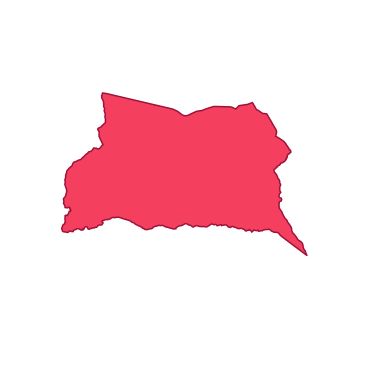 outline of Santo Antônio do Leste, Mato Grosso, Brazil, rotated 216°
{"feature_id": "56859067B48136086302792", "entity_name": "Santo Antônio do Leste", "entity_type": "district", "adm_level": 2, "iso_a3": "BRA", "parent_name": "Brazil", "parent_adm1": "Mato Grosso", "projection": "albers", "projection_center": [-53.696, -14.769], "detail": "fine", "context": "isolated", "style": "filled", "palette": "rose", "viewbox_px": 384, "rotation_deg": 216, "n_neighbors": 0, "source": "geoboundaries", "source_scale": "gbopen_adm2", "svg_char_len": 6094}
<svg xmlns="http://www.w3.org/2000/svg" viewBox="0 0 384 384"><g transform="rotate(216 192 192)"><path d="M272.5,84.3L271.2,85.1L270.0,85.6L268.9,86.1L268.3,87.2L268.0,88.6L267.0,89.1L265.9,89.3L264.9,90.2L265.3,91.2L264.6,92.5L263.8,93.7L263.4,94.7L262.7,95.3L261.7,95.7L260.6,95.8L259.6,96.0L258.6,96.4L259.0,97.5L257.7,97.7L257.7,98.8L258.0,100.0L257.9,101.1L257.1,101.8L256.1,102.0L255.4,101.5L254.2,101.0L253.2,101.5L252.8,102.6L251.7,103.5L251.6,104.4L250.7,105.0L249.8,105.6L249.4,106.7L248.6,107.3L248.3,108.3L248.3,109.6L247.5,110.9L246.2,111.8L245.6,112.5L245.7,114.5L246.4,115.1L247.4,115.1L247.8,115.9L247.0,116.8L246.4,117.7L245.5,119.1L244.4,119.7L243.3,120.8L242.8,121.7L242.2,122.5L242.0,123.5L241.3,124.6L240.5,125.4L239.3,125.8L238.6,126.9L237.6,127.6L236.5,128.5L235.4,128.9L234.2,129.4L233.3,129.5L232.5,129.8L231.1,130.2L230.4,130.6L229.3,130.9L228.5,131.1L227.8,131.6L226.3,131.9L225.0,132.3L224.1,132.4L222.8,132.2L221.7,132.6L220.5,132.9L219.5,132.7L218.5,132.7L217.2,133.0L216.2,133.1L215.2,133.3L213.8,133.7L212.9,133.7L211.7,134.1L210.8,133.6L209.9,134.1L208.9,133.9L208.1,134.1L206.7,134.8L205.9,135.5L205.1,136.6L204.4,137.5L203.3,138.4L202.7,139.5L202.7,140.8L201.7,142.6L200.9,143.1L200.4,143.9L199.9,144.6L199.2,145.7L198.1,146.0L196.1,147.7L194.8,148.0L193.2,148.2L192.0,148.6L190.6,149.3L189.4,149.6L186.8,150.7L185.8,150.9L184.9,151.4L184.4,152.1L183.4,152.7L183.8,153.5L183.5,154.3L183.3,155.4L182.6,156.8L181.7,157.8L180.9,158.5L180.3,159.3L179.2,161.8L178.5,162.7L177.3,163.2L176.0,163.4L175.1,163.4L174.2,163.9L172.9,164.3L171.5,164.1L170.4,164.3L169.9,165.5L169.4,166.6L168.4,167.6L167.0,168.0L166.2,168.3L165.4,168.7L164.5,169.3L163.4,169.9L162.5,170.8L161.4,171.3L159.7,172.3L159.1,173.2L158.6,174.6L158.0,176.1L157.6,177.3L156.9,178.0L155.7,178.2L154.9,178.5L154.3,179.2L153.7,179.8L152.9,179.7L151.8,179.5L150.8,180.7L149.9,182.0L149.1,182.8L148.3,182.3L147.6,183.2L146.5,184.1L145.7,185.2L144.5,185.5L143.3,185.3L142.2,185.0L140.9,185.6L139.9,186.0L139.7,187.1L139.1,188.1L138.1,188.2L137.1,188.4L135.8,189.0L133.8,189.3L132.4,189.9L131.3,191.2L130.0,191.8L128.7,192.1L127.6,192.5L126.5,192.0L125.3,192.2L124.8,193.1L124.3,193.9L123.6,194.4L123.4,195.4L121.2,195.2L120.1,194.8L119.6,196.7L119.5,197.7L118.1,198.1L116.9,198.8L116.4,199.8L115.1,199.3L113.4,201.2L112.4,201.9L111.7,203.6L110.4,204.7L109.7,205.6L108.7,206.2L107.6,207.2L106.3,207.3L104.6,207.1L103.0,207.5L101.9,207.7L100.2,208.9L98.9,209.5L97.8,209.6L96.5,209.3L95.3,208.9L94.2,208.8L93.0,208.7L91.4,208.7L82.2,208.5L61.4,208.2L62.9,208.9L63.8,209.4L64.7,210.1L65.9,211.0L67.3,211.3L68.8,212.1L70.1,213.2L71.4,214.6L72.5,215.3L73.7,215.7L75.0,215.8L77.9,215.6L78.9,215.8L79.9,216.4L81.1,216.9L82.3,217.1L83.8,217.7L84.7,217.9L85.9,217.9L87.2,218.6L88.7,219.4L89.7,220.7L90.6,221.5L91.4,221.9L92.9,222.6L94.1,223.0L95.9,223.6L97.7,224.1L98.4,224.9L99.2,225.1L100.5,225.2L101.8,225.6L103.0,226.1L104.5,226.9L105.9,227.5L107.2,228.5L108.5,229.0L112.0,230.3L113.8,232.4L115.5,235.1L115.2,236.1L114.5,237.3L115.2,238.9L116.1,239.4L118.0,239.0L119.0,239.5L119.6,240.5L120.1,241.8L120.0,243.0L120.0,244.0L120.8,244.3L121.8,244.7L122.7,246.0L124.0,247.6L124.2,249.1L124.9,250.4L126.1,250.7L126.8,251.3L127.3,252.2L128.4,253.0L130.4,253.6L131.3,254.0L132.3,254.9L134.6,256.0L135.6,256.3L136.9,256.4L137.6,257.1L138.6,257.7L138.7,259.0L138.1,260.3L138.3,261.7L137.6,262.6L138.0,263.5L137.5,264.4L137.0,265.1L136.9,266.2L137.2,267.5L136.2,268.5L135.0,271.5L135.0,272.8L134.9,273.8L135.6,274.4L135.3,275.3L135.4,276.3L136.1,276.7L136.4,278.1L136.4,279.2L135.8,279.9L135.8,280.9L135.4,282.2L136.0,283.0L137.0,283.7L138.4,283.5L139.4,284.3L140.8,284.7L141.6,285.2L142.6,285.3L143.5,285.7L144.8,286.3L146.1,286.6L148.2,286.9L151.7,286.8L154.5,286.6L155.9,286.4L157.0,286.2L158.2,289.1L158.9,290.4L160.4,291.7L165.4,293.8L169.3,295.6L171.6,296.6L172.5,297.0L174.7,297.9L176.4,298.7L177.5,299.1L179.1,298.3L180.8,297.2L182.0,297.0L183.9,297.0L186.6,297.0L187.8,296.5L189.0,296.9L189.8,297.2L190.6,297.6L191.3,298.0L193.5,298.9L194.7,299.5L195.8,299.8L196.5,298.6L197.0,297.9L197.6,297.0L198.5,295.6L204.8,289.4L204.9,288.1L205.4,284.9L206.6,284.6L209.4,284.1L210.6,283.6L211.5,283.1L214.9,280.7L219.1,277.9L224.4,274.2L225.3,273.2L229.5,267.5L232.1,263.5L234.8,260.9L235.9,259.7L238.1,255.8L239.8,252.7L240.3,251.6L241.2,250.6L243.0,249.3L244.0,248.9L245.1,248.7L247.1,248.7L251.1,248.8L256.0,247.8L257.9,247.1L318.5,221.6L319.4,221.2L322.6,219.5L322.0,218.3L321.8,216.9L321.0,215.8L320.0,214.9L319.1,214.4L318.2,214.0L317.2,213.4L316.2,212.5L315.7,211.9L315.0,211.1L313.9,209.5L313.0,208.8L311.7,208.1L311.2,207.1L310.9,206.2L310.0,205.5L309.2,205.0L308.2,204.3L307.5,203.3L306.9,202.0L306.0,201.0L305.4,200.5L304.6,199.8L304.1,198.9L303.1,197.7L302.9,196.8L303.4,194.8L303.5,193.8L303.8,192.4L303.9,190.7L304.8,189.6L305.4,188.1L305.0,187.2L303.7,186.6L302.5,186.1L301.6,184.8L300.8,183.6L299.8,182.3L291.8,177.9L292.3,176.2L292.1,174.7L292.3,173.4L292.7,172.2L294.0,171.3L295.0,171.3L295.9,170.6L297.4,169.8L297.4,168.5L297.3,166.9L297.7,165.5L298.5,164.5L299.2,163.7L299.3,162.8L299.1,161.8L299.6,161.0L299.9,160.0L300.3,157.0L300.8,155.4L300.9,154.4L300.9,153.5L301.4,152.4L302.4,151.3L303.1,149.9L303.7,148.6L304.4,147.9L305.1,146.7L305.2,145.8L305.1,144.4L304.5,143.0L304.6,141.8L305.1,140.9L305.0,140.0L305.5,138.8L305.4,137.9L305.6,136.9L305.6,135.6L304.7,133.4L304.3,132.0L303.7,130.6L302.9,129.8L302.5,128.9L302.3,127.8L301.4,126.4L300.4,125.7L300.0,124.7L299.5,123.7L298.8,122.9L297.6,122.2L296.6,121.4L295.5,120.7L294.7,120.0L294.2,119.4L293.5,118.3L293.0,117.3L292.7,116.2L292.2,115.1L291.9,113.6L291.9,112.6L292.1,111.7L291.8,110.6L290.6,109.5L289.6,108.3L289.4,107.4L288.4,106.9L286.5,106.0L285.6,104.8L283.3,106.0L282.9,107.0L282.3,107.6L281.5,107.4L281.0,106.5L280.0,106.6L279.2,105.8L279.1,104.8L280.0,104.5L279.6,103.3L279.3,101.9L279.0,99.8L280.3,99.3L280.7,97.9L279.8,97.3L279.4,96.0L278.2,94.8L277.5,94.0L277.0,92.8L276.3,91.5L277.0,90.0L276.9,88.7L276.5,87.8L276.2,86.4L275.5,85.5L274.5,84.8L273.7,84.2L272.5,84.3Z" fill="#f43f5e" stroke="#9f1239" stroke-width="1.5"/></g></svg>